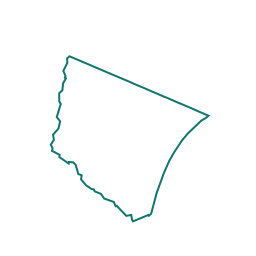 Horry, South Carolina, United States of America (Natural Earth projection), rotated 337°
{"feature_id": "52423323B30660787387820", "entity_name": "Horry", "entity_type": "district", "adm_level": 2, "iso_a3": "USA", "parent_name": "United States of America", "parent_adm1": "South Carolina", "projection": "natural_earth1", "projection_center": [-79.016, 33.934], "detail": "fine", "context": "isolated", "style": "outline", "palette": "teal", "viewbox_px": 256, "rotation_deg": 337, "n_neighbors": 0, "source": "geoboundaries", "source_scale": "gbopen_adm2", "svg_char_len": 1037}
<svg xmlns="http://www.w3.org/2000/svg" viewBox="0 0 256 256"><g transform="rotate(337 128 128)"><path d="M90.8,50.2L90.8,55.8L89.5,57.0L90.3,58.0L85.7,61.5L82.3,67.7L78.3,69.0L75.1,76.6L75.5,79.6L66.7,90.1L68.1,95.4L63.8,101.3L56.4,104.9L55.1,110.0L50.4,113.2L50.7,117.1L49.1,119.3L54.6,126.0L53.5,128.0L59.5,137.5L60.3,136.2L64.0,138.1L65.4,141.4L64.3,151.0L66.9,153.4L64.7,157.0L67.1,164.5L70.6,169.9L72.5,171.1L72.6,173.3L77.4,178.2L78.5,183.6L86.0,190.5L86.1,195.2L87.2,195.2L92.1,208.2L97.0,209.3L95.9,213.8L96.1,215.9L112.9,216.0L113.0,216.9L115.8,216.0L124.1,205.3L128.4,199.7L133.1,194.6L143.3,183.6L153.1,174.4L161.1,168.3L166.3,164.9L167.3,164.2L172.7,160.6L181.0,156.4L198.2,149.9L204.3,149.0L206.9,148.2L199.1,140.0L192.1,132.5L191.0,131.4L185.3,125.5L185.2,125.5L185.0,125.3L182.8,123.0L174.9,114.6L173.4,113.3L173.0,112.8L161.7,101.0L156.8,95.8L153.3,92.3L144.7,83.2L140.9,79.3L137.9,76.2L133.9,72.1L123.3,61.1L117.0,54.5L102.1,39.1L99.1,40.2L97.6,44.3L90.8,50.2Z" fill="none" stroke="#0f766e" stroke-width="2"/></g></svg>